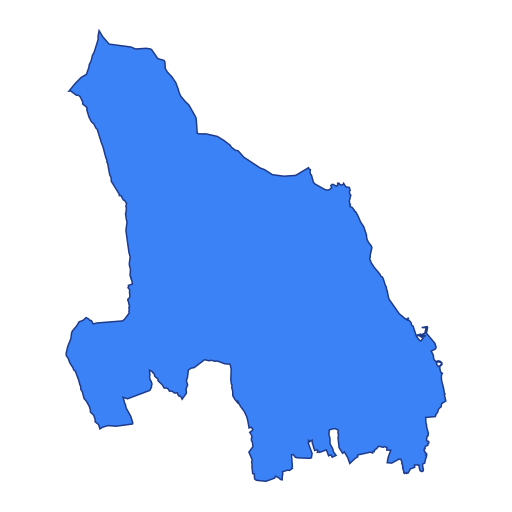 Holmestrand nor, Vestfold, Norway (orthographic projection)
{"feature_id": "86288312B24065042628748", "entity_name": "Holmestrand nor", "entity_type": "district", "adm_level": 2, "iso_a3": "NOR", "parent_name": "Norway", "parent_adm1": "Vestfold", "projection": "orthographic", "projection_center": [10.216, 59.512], "detail": "fine", "context": "isolated", "style": "filled", "palette": "blue", "viewbox_px": 512, "rotation_deg": 0, "n_neighbors": 0, "source": "geoboundaries", "source_scale": "gbopen_adm2", "svg_char_len": 6036}
<svg xmlns="http://www.w3.org/2000/svg" viewBox="0 0 512 512"><path d="M445.8,401.0L444.4,394.8L445.0,394.1L444.3,392.7L443.5,387.8L441.7,381.1L441.3,377.7L441.7,373.8L443.0,373.3L441.7,373.3L440.5,371.5L439.9,369.1L439.8,366.5L442.0,364.5L441.9,363.6L439.5,366.1L438.1,366.5L436.7,364.3L436.4,362.8L438.5,361.7L441.9,363.0L440.5,361.5L438.4,360.8L436.0,361.5L434.5,360.3L433.8,358.9L433.2,354.9L431.2,351.1L435.4,349.0L436.1,347.2L434.9,343.3L426.4,333.2L427.6,327.5L427.1,326.6L421.7,327.6L426.2,327.6L424.8,333.2L421.7,334.6L425.1,335.8L424.6,336.5L421.2,335.8L420.5,334.2L417.0,335.2L417.1,335.8L419.0,335.5L423.1,338.2L420.8,340.9L419.8,340.6L416.5,336.5L413.1,326.2L411.8,325.4L411.0,322.5L408.7,320.0L407.9,320.4L406.7,319.6L408.9,317.8L406.4,319.2L405.4,318.9L399.3,313.8L389.3,299.6L388.5,297.5L387.1,290.3L386.6,289.9L386.3,286.9L385.4,285.6L383.3,278.9L382.4,277.1L380.5,275.8L380.0,274.3L374.1,267.2L371.1,262.6L370.3,260.1L369.8,259.7L369.7,258.1L370.2,257.4L370.2,255.3L371.9,247.6L371.2,245.8L368.6,242.5L367.2,239.8L366.5,236.8L366.5,235.0L363.7,226.7L360.6,222.0L357.6,215.1L355.7,211.8L354.5,211.2L354.4,210.3L352.1,207.4L350.1,206.6L349.7,205.8L350.5,204.8L349.7,203.4L349.3,201.1L350.8,195.1L349.6,193.8L349.5,191.2L350.2,190.2L349.3,187.5L345.8,186.8L343.6,183.3L342.8,184.7L341.0,185.0L339.7,184.4L339.1,183.3L337.7,183.2L337.6,185.5L336.1,186.1L333.2,184.4L332.1,184.4L330.8,185.6L331.8,187.6L329.5,189.5L327.7,190.2L325.0,189.6L315.0,184.0L313.5,182.4L311.4,175.0L310.6,174.3L310.0,172.1L310.4,169.6L309.2,169.1L308.5,167.7L295.7,175.4L283.9,176.2L272.4,174.7L264.7,169.7L260.2,168.0L243.8,157.2L238.2,150.9L235.1,150.1L231.4,147.2L230.0,145.1L224.1,140.6L217.3,136.4L206.2,133.9L199.1,133.9L197.2,133.1L196.5,122.2L196.1,118.2L195.5,116.7L188.9,105.0L185.4,101.7L180.7,96.1L179.0,92.3L178.3,89.4L175.7,82.5L171.9,76.9L167.2,71.8L165.3,68.5L164.9,62.0L164.0,60.4L157.8,58.6L151.6,49.6L150.2,48.9L146.3,48.3L135.4,49.0L131.3,47.1L109.1,44.1L102.8,36.8L99.1,30.7L98.1,35.9L98.1,39.2L97.1,42.8L94.1,52.4L92.5,55.2L91.0,61.2L89.3,64.4L89.0,67.0L86.4,74.4L81.2,77.4L75.0,83.7L69.0,91.1L70.6,90.9L76.3,95.2L77.8,95.1L80.0,96.4L82.7,101.9L82.7,104.0L86.7,107.2L87.0,108.6L86.8,109.8L89.0,117.1L91.5,121.9L93.9,124.0L95.8,127.9L97.3,129.5L101.4,142.8L102.9,146.5L105.8,157.6L107.1,160.6L106.8,161.8L107.6,163.3L109.7,174.7L111.1,177.7L111.3,181.3L119.2,194.1L119.3,195.6L121.0,195.7L123.3,199.9L124.6,200.5L126.6,203.5L125.8,206.5L126.4,207.7L126.0,212.1L125.5,213.8L126.4,219.8L127.1,221.8L125.9,230.4L129.0,252.8L130.2,256.9L129.3,263.4L129.4,265.5L130.5,269.4L130.0,275.7L131.2,277.6L130.8,278.0L132.0,281.3L132.3,284.1L128.4,285.4L128.8,286.3L128.0,287.7L129.7,289.8L129.5,292.4L129.9,296.2L129.5,297.7L128.1,298.9L127.7,300.4L128.2,300.7L129.5,306.7L128.8,307.7L129.3,308.9L128.9,311.5L129.2,313.0L124.8,319.0L122.6,320.9L96.8,323.0L93.3,323.9L91.3,320.5L89.9,320.5L88.7,319.0L86.1,317.6L83.3,320.2L79.0,321.9L76.9,325.6L72.3,331.1L71.5,333.3L70.9,338.5L67.7,346.6L66.2,353.1L66.2,355.5L68.2,358.4L69.8,362.8L73.1,368.0L73.7,369.9L75.3,371.1L78.7,380.1L79.9,384.9L80.5,385.5L80.9,389.6L82.2,391.4L84.1,398.6L86.4,401.2L89.3,406.4L90.4,410.1L90.4,412.1L93.6,415.1L95.2,419.4L95.1,421.7L98.6,424.6L99.9,428.9L102.7,427.2L107.8,425.6L116.2,426.2L132.5,424.0L132.8,422.9L130.8,416.4L126.1,407.9L125.4,404.4L124.7,403.3L123.1,397.3L127.5,398.8L149.8,390.4L151.5,387.2L151.5,385.4L152.0,384.1L151.2,381.3L150.3,380.2L149.5,377.0L149.9,375.2L149.5,370.2L152.3,371.6L152.8,372.7L154.5,374.2L154.5,375.6L155.5,377.1L157.5,378.4L158.1,379.6L158.0,380.7L162.3,384.8L164.0,387.9L167.7,388.3L169.5,391.2L171.8,391.1L174.7,393.1L177.4,392.8L177.9,394.7L179.1,396.1L180.7,396.4L182.1,399.2L186.4,393.2L186.1,388.8L187.6,385.0L186.4,380.5L187.5,377.3L188.3,370.2L190.9,368.2L194.2,367.6L204.6,359.7L209.2,360.8L211.5,360.2L214.3,361.2L217.6,361.1L224.8,363.8L229.9,364.1L230.3,365.0L231.2,369.3L230.8,380.1L231.4,384.0L232.0,385.1L231.8,387.8L232.7,391.2L232.8,395.7L234.9,399.4L237.4,402.4L237.3,400.4L240.5,406.4L244.3,411.5L246.7,416.6L247.6,419.8L249.1,428.0L251.1,427.2L252.9,429.2L252.1,430.6L249.7,432.3L251.4,434.9L252.0,437.0L251.4,438.5L251.4,440.4L252.3,441.9L253.0,446.6L248.9,452.1L252.2,459.8L251.6,462.2L252.2,464.6L251.9,466.2L252.7,473.6L254.2,473.9L254.6,478.9L256.4,480.3L265.9,481.3L274.6,478.1L275.5,476.2L278.5,477.6L280.5,479.5L282.2,479.8L282.3,475.9L282.8,473.9L282.4,471.8L287.7,470.1L289.4,470.5L292.3,468.4L291.9,467.9L292.4,466.8L291.5,454.9L293.3,454.6L295.3,457.2L297.5,457.8L309.7,458.3L311.4,457.8L312.1,453.5L308.4,443.5L308.6,439.6L309.3,441.9L312.1,440.2L312.4,443.8L313.1,444.7L313.2,446.1L314.7,450.5L317.0,449.8L317.8,450.6L317.4,452.3L319.1,451.8L319.5,452.4L326.4,449.9L328.6,455.8L330.9,454.8L332.2,457.2L336.1,455.4L333.5,451.9L332.7,448.7L330.4,444.5L330.0,443.2L330.0,438.8L328.7,433.3L329.1,433.0L329.3,429.9L333.5,428.7L335.6,428.8L338.3,430.2L338.0,432.9L338.5,435.3L338.0,437.8L339.1,447.7L342.6,453.3L344.3,451.9L347.7,457.5L349.8,463.5L355.2,458.3L357.8,456.8L357.6,455.0L370.2,452.2L372.7,453.0L373.2,451.3L374.1,451.6L375.1,449.5L376.7,448.6L378.6,446.2L383.2,447.3L384.4,446.6L386.9,447.5L386.8,450.1L390.8,450.2L388.2,457.2L387.2,462.7L391.7,463.1L398.8,459.2L400.7,459.1L402.1,462.6L401.7,463.3L402.8,466.0L402.6,467.4L403.2,468.1L402.8,468.7L403.8,471.4L403.7,472.6L404.4,473.5L406.4,472.6L406.6,473.4L408.2,472.9L410.4,468.9L414.7,467.3L414.5,465.0L418.9,465.0L418.8,465.7L419.4,467.2L419.3,468.2L420.1,470.7L421.9,471.6L423.0,471.1L423.4,470.0L422.5,464.8L422.9,463.9L424.7,463.1L425.5,459.2L426.3,457.2L426.7,455.2L426.2,455.0L426.7,454.8L426.5,453.5L424.8,452.3L424.8,451.3L424.0,450.4L424.3,449.0L425.1,448.7L424.9,447.5L425.8,446.2L427.9,445.2L427.8,443.8L428.9,442.9L428.6,441.4L426.9,441.0L426.6,440.2L426.9,436.5L428.0,435.9L428.4,433.4L426.7,427.3L426.4,424.0L425.9,423.1L425.7,417.4L435.3,416.6L435.8,415.4L435.7,414.4L437.0,413.2L438.0,411.3L438.1,410.1L439.3,408.2L441.0,407.0L441.7,403.6L445.8,401.0Z" fill="#3b82f6" stroke="#1e3a8a" stroke-width="1.5"/></svg>